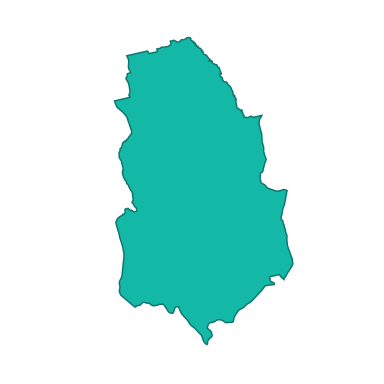 the border of Bandundu, rotated 167°
{"feature_id": "COD-1871", "entity_name": "Bandundu", "entity_type": "Province", "adm_level": 1, "iso_a3": "COD", "parent_name": "Democratic Republic of the Congo", "parent_adm1": "", "projection": "robinson", "projection_center": [18.46, -4.427], "detail": "fine", "context": "isolated", "style": "filled", "palette": "teal", "viewbox_px": 384, "rotation_deg": 167, "n_neighbors": 0, "source": "natural_earth", "source_scale": "10m", "svg_char_len": 6020}
<svg xmlns="http://www.w3.org/2000/svg" viewBox="0 0 384 384"><g transform="rotate(167 192 192)"><path d="M109.8,132.2L109.3,128.3L109.4,127.7L110.3,124.2L111.1,118.1L109.9,108.2L109.9,106.2L109.7,105.6L109.4,105.1L109.3,104.4L109.8,101.9L109.7,100.4L110.0,99.4L110.4,98.6L111.3,97.2L113.2,95.5L115.3,93.3L116.8,92.0L120.0,88.3L121.6,87.3L122.0,86.1L123.1,87.5L124.3,89.3L125.3,91.4L125.7,91.7L126.3,91.9L135.2,91.9L135.6,91.8L135.5,87.4L134.9,86.5L132.9,85.4L132.6,85.0L132.4,84.1L132.8,83.4L133.8,83.4L139.2,84.1L140.9,84.1L142.1,84.0L146.0,80.6L158.2,72.4L160.1,71.4L164.0,70.2L167.2,68.1L168.5,67.6L171.7,66.8L173.2,66.1L176.3,63.5L178.3,61.3L179.7,59.3L180.8,56.6L181.2,56.2L181.6,56.1L182.7,56.1L188.4,57.1L188.9,57.4L191.2,60.0L191.8,60.4L193.1,61.1L194.7,61.6L196.8,61.6L198.7,60.8L200.7,60.3L203.7,60.5L205.1,60.1L205.9,59.4L206.6,58.0L207.3,57.2L207.5,56.7L207.6,56.1L207.1,55.0L205.5,53.0L204.8,51.6L204.6,50.8L204.6,48.8L204.7,47.8L205.2,46.9L205.5,46.4L207.8,45.3L209.7,43.8L210.4,42.8L211.0,40.7L211.3,40.2L211.8,40.1L212.3,40.4L213.1,41.4L213.8,42.8L214.4,44.7L214.5,46.7L215.0,50.0L215.2,50.6L217.5,54.2L218.5,56.2L219.9,58.5L222.8,62.0L223.8,64.0L225.5,68.6L227.2,71.4L229.3,75.2L229.7,76.3L230.6,80.4L230.8,82.5L231.0,83.0L231.9,83.4L233.6,83.6L234.1,83.5L234.8,82.7L236.6,79.6L237.4,78.7L237.9,78.2L238.6,78.2L239.5,78.5L241.1,79.7L241.8,80.5L242.2,81.3L242.7,83.1L244.5,87.9L245.1,88.9L245.6,89.2L248.4,89.8L252.1,89.5L255.3,89.8L256.5,90.6L257.7,91.8L258.3,92.9L258.8,93.3L260.8,93.8L263.1,95.1L264.0,95.4L264.7,95.4L265.2,95.2L267.9,93.5L269.3,93.3L271.5,93.7L271.9,93.5L272.5,92.7L273.0,92.6L273.7,92.9L284.4,107.2L284.9,109.0L285.1,112.1L283.7,115.1L283.6,115.8L283.4,117.4L283.4,119.0L283.1,120.2L282.2,121.9L280.4,123.9L279.1,126.0L272.7,144.7L272.3,146.6L271.8,154.1L272.6,163.9L272.5,168.8L272.8,171.2L273.1,178.3L272.9,179.8L272.4,180.6L271.9,180.7L271.3,182.0L270.3,183.0L268.8,183.8L267.3,184.5L265.2,184.8L264.8,185.1L264.5,185.9L264.3,186.0L263.6,185.6L262.8,185.9L262.2,186.4L261.8,187.3L261.5,188.2L261.4,189.5L260.9,190.4L260.7,190.5L259.9,190.2L258.6,190.5L258.1,190.5L257.6,189.9L256.5,188.1L255.8,187.6L255.2,188.0L254.5,187.4L253.3,185.9L252.4,185.7L250.1,185.7L249.8,186.3L249.7,187.0L250.0,189.0L250.7,190.0L251.6,192.0L251.8,193.8L252.5,194.5L252.8,194.9L252.2,196.3L251.3,197.1L250.8,198.8L250.8,201.8L250.4,202.8L250.4,204.4L250.5,206.0L250.6,206.5L251.4,207.8L251.7,209.0L252.0,209.8L252.5,213.1L253.8,215.1L253.8,215.6L253.6,216.6L253.7,217.2L254.5,218.5L255.4,222.0L255.5,226.7L255.3,227.1L254.9,227.4L254.5,228.9L253.9,229.8L253.8,230.6L253.9,238.4L254.9,241.0L255.0,242.4L254.9,243.7L254.6,244.3L254.5,245.6L254.2,246.6L253.9,247.3L252.8,248.4L252.4,250.2L251.5,250.9L250.4,251.3L249.6,252.9L249.2,254.2L248.4,255.3L247.0,256.4L246.0,256.3L245.7,256.4L245.1,257.2L244.3,256.9L243.6,257.9L242.6,258.2L241.5,259.7L240.8,260.0L240.3,260.6L239.0,261.4L238.1,262.6L237.5,263.1L237.1,264.7L238.6,279.5L239.2,281.2L241.3,285.1L245.4,290.7L246.0,291.7L246.6,294.2L247.0,298.2L231.0,298.2L231.8,300.2L231.5,300.9L230.1,303.1L229.7,304.4L229.3,311.1L229.7,313.8L230.7,316.6L230.7,317.9L229.6,318.8L229.1,319.6L228.7,321.2L228.2,321.8L227.5,322.0L225.0,321.8L224.9,322.8L225.9,326.1L225.9,327.1L225.8,328.2L224.2,333.8L224.1,335.1L224.2,336.2L224.9,339.4L203.8,339.4L203.0,337.9L202.9,336.8L202.5,336.5L194.5,336.5L194.0,336.9L194.0,337.7L194.2,339.2L191.0,339.2L190.4,339.3L189.0,340.0L188.6,340.0L187.2,339.4L182.7,339.2L182.1,339.3L180.1,340.2L179.4,340.7L179.1,341.6L179.1,342.8L179.3,343.8L176.0,343.9L175.1,343.7L173.2,341.9L172.2,341.3L170.9,341.1L170.4,341.3L168.1,342.7L167.6,342.8L166.4,342.2L165.3,342.1L162.2,343.4L161.2,343.4L159.2,342.8L158.6,341.8L159.0,340.6L158.9,339.9L157.4,338.8L156.9,337.1L156.4,337.7L156.2,337.2L156.4,336.8L155.7,336.4L155.2,335.8L155.9,334.5L155.4,334.0L154.9,334.2L154.7,332.9L153.6,332.7L153.9,332.3L153.9,332.0L153.3,332.0L153.1,331.6L153.1,330.8L152.7,330.5L151.9,330.4L151.6,329.8L150.9,329.2L150.7,328.6L151.1,327.9L151.1,327.5L150.5,327.2L150.5,326.6L149.9,326.9L149.9,325.3L149.7,324.6L149.8,323.9L149.1,323.3L147.3,322.2L146.8,321.3L146.2,319.4L145.7,318.4L144.8,317.6L144.7,317.2L144.9,316.7L145.8,316.3L146.0,316.0L145.8,315.7L144.7,315.3L144.2,315.0L143.7,315.6L143.2,315.2L143.0,314.7L143.0,313.2L142.8,312.6L142.4,312.2L141.5,311.7L140.2,310.7L139.3,310.4L139.1,309.9L139.0,308.6L138.4,307.7L137.6,306.9L137.4,306.5L137.5,304.3L136.8,301.6L136.8,300.6L138.0,300.9L138.0,300.0L138.4,298.7L137.8,297.3L137.5,297.1L136.8,296.8L136.8,296.4L137.0,295.8L136.7,293.5L136.3,292.5L135.4,291.8L134.1,291.6L133.7,291.4L133.3,291.0L133.0,289.2L131.0,286.1L130.7,285.4L130.4,283.1L129.6,280.3L129.7,279.6L130.2,278.8L130.2,278.4L129.3,277.1L129.3,276.7L129.5,276.1L128.7,276.0L128.7,275.6L129.2,274.5L129.2,274.0L128.7,274.0L128.5,273.8L128.2,273.3L128.2,271.7L128.4,271.3L129.2,271.0L129.3,270.6L129.0,269.4L129.0,266.4L129.4,264.7L128.5,263.2L128.3,262.7L127.0,262.0L126.4,261.0L126.0,260.6L125.2,260.6L126.0,259.5L125.9,259.1L125.0,259.4L124.9,258.9L124.7,256.0L124.1,255.0L124.1,254.7L124.7,253.7L123.1,252.8L121.1,252.0L119.7,252.1L118.0,252.6L117.4,252.5L115.4,251.1L114.5,250.9L106.7,251.0L107.2,250.0L109.7,247.9L111.1,244.5L111.2,243.6L111.3,242.3L111.3,236.9L111.0,233.6L111.3,231.4L112.2,226.2L112.4,224.7L112.1,219.8L112.3,218.4L113.1,215.6L112.9,210.9L112.5,208.7L112.4,207.1L112.9,206.2L114.6,203.8L118.6,195.9L119.0,195.5L119.4,195.4L120.8,195.2L121.0,194.5L121.4,194.0L121.9,192.1L122.3,191.2L122.7,190.7L122.5,190.0L122.9,188.8L122.4,187.7L122.7,186.4L122.6,185.8L122.0,184.7L120.1,183.2L119.6,182.6L117.6,179.0L117.1,178.5L112.5,175.7L110.2,174.1L108.3,173.6L105.6,173.4L102.5,173.9L101.3,173.5L98.9,171.9L99.7,171.0L100.4,168.6L102.0,165.6L102.6,163.6L103.1,163.0L103.4,162.1L104.9,158.7L107.1,155.6L107.9,153.8L108.7,151.6L110.5,148.1L111.0,146.8L111.2,145.1L111.0,144.7L110.1,143.9L110.0,143.0L110.2,140.2L109.7,138.8L109.8,136.6L109.6,134.2L109.8,132.2Z" fill="#14b8a6" stroke="#0f766e" stroke-width="1.5"/></g></svg>